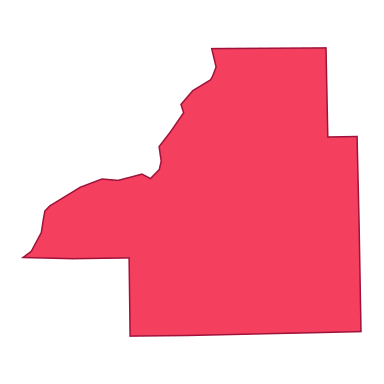 outline of Tazewell, Illinois, United States of America
{"feature_id": "52423323B60966771956899", "entity_name": "Tazewell", "entity_type": "district", "adm_level": 2, "iso_a3": "USA", "parent_name": "United States of America", "parent_adm1": "Illinois", "projection": "albers", "projection_center": [-89.62, 40.534], "detail": "fine", "context": "isolated", "style": "filled", "palette": "rose", "viewbox_px": 384, "rotation_deg": 0, "n_neighbors": 0, "source": "geoboundaries", "source_scale": "gbopen_adm2", "svg_char_len": 525}
<svg xmlns="http://www.w3.org/2000/svg" viewBox="0 0 384 384"><path d="M361.0,331.6L359.1,224.1L357.4,151.1L357.1,136.5L327.8,137.0L326.0,47.9L211.7,48.6L216.1,67.0L212.6,76.2L212.3,76.8L210.6,79.8L192.8,90.6L181.0,104.4L183.6,112.8L170.3,132.1L159.1,146.6L161.2,161.2L159.3,169.5L150.4,178.6L142.0,174.1L118.0,180.4L102.0,179.0L80.5,187.1L49.9,205.8L44.9,211.0L43.3,219.6L41.3,232.6L31.3,251.3L23.0,257.5L72.3,258.7L129.1,257.9L130.1,336.1L187.4,335.5L361.0,331.6Z" fill="#f43f5e" stroke="#9f1239" stroke-width="1.5"/></svg>